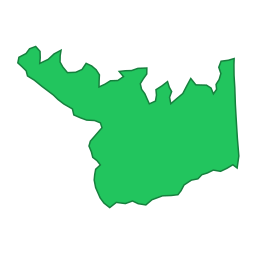 Jardinópolis, Santa Catarina, Brazil (Equal Earth projection), rotated 91°
{"feature_id": "56859067B41532106575458", "entity_name": "Jardinópolis", "entity_type": "district", "adm_level": 2, "iso_a3": "BRA", "parent_name": "Brazil", "parent_adm1": "Santa Catarina", "projection": "equal_earth", "projection_center": [-52.883, -26.726], "detail": "fine", "context": "isolated", "style": "filled", "palette": "green", "viewbox_px": 256, "rotation_deg": 91, "n_neighbors": 0, "source": "geoboundaries", "source_scale": "gbopen_adm2", "svg_char_len": 1518}
<svg xmlns="http://www.w3.org/2000/svg" viewBox="0 0 256 256"><g transform="rotate(91 128 128)"><path d="M56.7,23.1L58.5,28.8L59.6,36.1L65.7,38.3L71.9,36.1L77.9,37.7L82.9,40.7L87.8,40.1L92.4,43.2L86.6,45.7L83.8,50.3L83.7,60.9L77.4,66.1L85.7,70.4L92.6,73.8L98.0,80.0L103.0,85.6L96.6,87.0L90.8,85.0L86.6,87.4L80.9,89.3L85.3,94.8L89.2,100.7L94.7,100.1L100.6,101.0L103.5,107.1L98.2,109.6L93.4,111.8L89.1,115.1L83.5,116.5L78.6,113.6L73.7,110.2L67.7,110.2L68.2,119.1L70.5,125.4L70.8,131.5L71.6,137.8L76.7,133.4L80.7,139.0L81.1,146.4L84.6,151.8L87.5,157.7L81.4,157.7L75.4,157.5L70.3,160.9L66.6,165.4L64.1,171.0L70.3,175.0L73.2,181.2L73.7,189.5L68.2,194.2L63.2,197.1L56.9,197.1L51.4,196.3L55.2,203.2L60.8,209.0L65.0,217.4L59.4,217.0L52.9,217.3L48.1,221.7L50.5,227.8L55.3,231.2L59.2,238.3L64.8,239.3L68.4,235.2L72.6,230.8L77.7,229.4L81.8,222.5L88.1,214.5L92.5,208.4L96.3,203.2L100.7,198.5L105.1,192.6L109.9,183.9L115.9,182.4L118.7,175.6L120.8,169.5L121.1,161.5L123.3,155.7L128.2,154.0L141.8,165.4L146.7,166.7L152.5,164.2L158.0,162.7L161.2,158.4L165.4,155.0L169.8,159.6L175.3,160.5L180.6,160.9L188.2,159.3L193.6,156.8L198.4,154.6L203.5,150.7L207.9,144.9L202.6,138.4L203.6,129.3L200.9,122.2L203.5,116.5L204.6,108.8L199.3,102.8L195.2,92.3L194.7,83.4L193.8,76.9L189.8,73.9L184.0,71.0L179.0,63.7L177.6,57.2L173.4,53.4L171.6,47.9L168.6,42.0L169.7,34.7L166.6,28.4L162.9,22.5L166.1,18.2L154.1,16.7L136.0,18.5L115.8,20.1L102.1,21.1L86.2,21.9L73.5,22.9L62.9,23.2L56.7,23.1Z" fill="#22c55e" stroke="#15803d" stroke-width="1.5"/></g></svg>